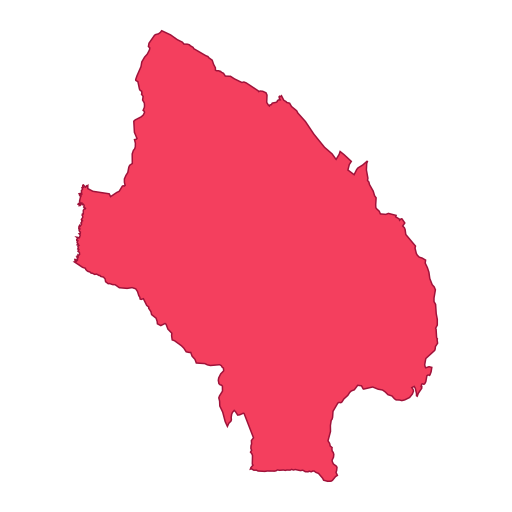 outline of Guasca, Cundinamarca, Colombia
{"feature_id": "7082276B88398605204412", "entity_name": "Guasca", "entity_type": "district", "adm_level": 2, "iso_a3": "COL", "parent_name": "Colombia", "parent_adm1": "Cundinamarca", "projection": "natural_earth1", "projection_center": [-73.867, 4.802], "detail": "fine", "context": "isolated", "style": "filled", "palette": "rose", "viewbox_px": 512, "rotation_deg": 0, "n_neighbors": 0, "source": "geoboundaries", "source_scale": "gbopen_adm2", "svg_char_len": 5960}
<svg xmlns="http://www.w3.org/2000/svg" viewBox="0 0 512 512"><path d="M396.1,215.4L388.4,213.4L385.8,214.4L380.4,213.9L379.2,211.2L376.4,208.6L375.8,207.5L375.7,204.5L376.1,197.8L374.6,195.8L373.2,191.1L369.5,184.6L368.9,182.1L367.5,180.4L367.9,178.2L366.4,170.0L366.7,163.5L367.4,161.5L367.0,161.3L362.7,165.0L358.0,167.9L356.7,169.5L354.1,174.7L347.9,170.0L349.3,164.5L351.3,161.4L344.0,154.6L340.1,151.5L339.2,154.3L336.1,159.4L335.9,159.2L332.1,153.9L324.5,147.3L313.9,134.2L305.4,121.5L297.8,113.0L296.7,110.8L291.5,106.5L289.6,103.2L286.5,102.4L286.1,101.6L283.8,100.3L281.5,95.8L281.0,96.4L279.6,96.2L279.0,97.0L279.6,97.8L279.4,98.7L280.1,99.8L278.7,99.9L277.5,100.5L277.3,101.5L276.2,102.3L272.3,103.1L271.3,104.7L270.1,104.8L269.4,106.0L268.3,105.0L266.7,102.4L267.0,95.1L266.0,92.8L262.8,91.3L260.1,91.0L258.7,91.6L258.2,90.8L246.2,82.9L243.9,82.0L241.9,82.5L234.5,78.9L230.5,76.3L225.3,76.1L223.5,73.3L221.3,72.2L220.6,71.3L219.9,71.5L219.0,70.8L216.4,70.7L215.4,70.1L215.4,67.8L213.6,64.4L212.2,60.2L208.9,57.8L207.9,56.5L205.8,55.7L193.8,48.7L193.1,47.4L189.8,45.4L189.6,44.9L187.6,44.2L184.0,44.1L182.4,42.2L177.2,39.6L170.6,34.9L161.7,30.7L160.4,32.4L158.5,33.8L155.5,34.6L154.5,35.3L149.0,43.2L148.4,46.5L149.8,47.9L149.5,49.8L147.3,54.1L144.6,57.1L141.8,61.9L141.0,66.6L136.9,76.0L135.7,79.5L135.8,80.4L137.9,81.7L139.5,89.2L140.2,90.4L141.6,91.2L141.9,93.3L141.5,94.2L143.1,96.4L142.6,100.0L144.3,102.9L144.5,105.4L144.4,107.3L143.1,110.4L144.3,111.3L144.5,112.6L143.2,115.1L141.1,116.9L135.2,119.9L133.8,121.2L134.4,132.3L137.0,138.5L136.4,139.2L134.5,139.6L135.4,143.2L135.3,146.8L134.7,148.8L133.4,150.4L132.2,153.9L132.3,163.5L129.7,165.3L128.8,167.2L127.8,172.5L126.0,175.3L124.4,178.9L124.4,182.2L125.1,185.4L124.4,186.0L123.1,185.8L122.3,186.2L119.2,191.3L116.7,192.5L110.6,196.6L109.2,193.8L92.9,191.3L87.8,188.6L87.8,185.5L87.1,186.1L86.2,185.4L86.7,186.4L85.3,187.2L83.4,184.9L82.8,185.2L82.6,186.3L83.2,187.5L82.0,187.7L82.5,189.3L81.4,190.6L81.7,193.7L81.1,193.3L79.2,193.7L79.9,194.6L81.0,194.5L81.0,195.8L79.9,195.6L80.6,196.7L79.5,201.2L80.2,202.9L78.4,203.5L78.1,204.3L79.5,204.5L79.2,205.6L80.2,205.5L81.2,203.1L81.9,203.0L82.3,204.7L83.3,204.2L83.7,204.7L84.2,205.9L83.7,207.1L85.5,208.3L85.3,208.8L84.3,208.9L83.3,210.3L83.3,214.0L82.4,214.0L82.1,215.2L82.7,216.0L82.7,217.5L81.4,219.5L82.3,220.6L81.7,220.7L81.8,222.0L80.9,223.0L81.6,224.0L80.0,226.6L79.5,226.8L79.4,225.8L79.0,226.4L78.8,228.4L79.9,229.0L79.0,229.9L79.6,231.5L80.4,232.0L80.3,233.3L79.1,233.7L80.3,235.0L79.4,237.7L76.6,237.2L77.8,238.4L76.7,239.5L76.8,240.6L77.8,240.8L77.1,242.7L78.1,243.9L77.2,244.8L78.9,245.4L77.9,246.7L78.4,247.9L77.4,249.5L78.1,248.9L78.8,249.4L78.0,251.3L79.4,252.4L79.6,254.3L78.7,255.3L78.0,254.9L78.1,256.7L77.4,256.1L76.9,256.3L77.5,256.8L77.0,257.7L77.6,258.7L77.4,260.3L77.0,260.6L76.5,259.9L74.9,259.4L74.8,259.9L75.8,261.5L74.4,261.9L82.5,267.3L85.4,268.3L85.7,269.4L86.7,270.5L88.1,271.5L89.8,271.9L91.1,273.1L92.6,273.3L94.6,274.4L96.6,274.1L99.1,275.5L100.1,275.5L100.7,276.4L103.5,277.1L105.1,278.9L105.6,281.7L108.2,283.7L109.8,283.6L112.6,284.6L115.1,284.7L119.3,287.7L127.1,288.4L132.1,287.6L135.7,288.8L137.5,291.5L138.8,295.6L139.9,297.4L140.1,299.0L141.2,299.4L143.4,298.7L146.7,305.4L148.7,307.0L148.7,308.3L150.9,311.6L151.6,314.6L156.1,318.2L157.2,321.6L157.4,323.8L160.8,325.6L165.0,323.5L166.1,324.3L167.9,329.1L171.8,333.2L171.6,335.7L172.2,339.9L174.5,340.7L181.5,345.8L183.8,348.1L186.2,351.8L189.3,352.5L190.7,352.4L192.1,356.2L195.0,359.4L196.3,363.0L204.9,363.6L207.3,364.8L210.4,365.5L219.6,364.7L221.3,365.6L222.2,367.2L223.4,368.1L223.7,370.8L220.7,373.9L218.7,377.9L218.3,380.3L218.9,383.6L220.3,384.9L221.5,385.1L222.4,386.2L222.5,391.1L219.5,395.9L218.8,397.9L219.6,401.1L219.8,406.0L222.7,412.1L225.2,421.6L227.4,426.4L228.8,423.3L230.9,421.2L231.4,419.8L231.2,417.3L231.7,414.2L232.4,412.5L234.2,410.4L235.5,411.7L237.7,415.1L239.7,414.8L243.3,413.2L244.1,413.5L253.5,437.8L251.4,440.5L251.6,443.9L251.0,445.8L250.9,448.4L251.6,450.3L250.5,452.1L251.8,453.7L252.5,455.5L252.3,464.1L253.0,465.1L250.9,467.6L250.4,469.1L251.4,468.8L253.8,470.2L256.5,470.2L258.0,471.0L264.8,471.4L267.3,471.0L274.6,471.1L276.0,470.8L277.5,469.9L279.5,470.3L283.4,470.0L285.4,470.4L286.8,470.0L290.1,470.1L291.6,469.4L293.5,470.0L295.2,469.5L300.4,470.6L302.8,470.2L305.3,471.7L308.1,471.8L309.2,471.2L311.2,471.8L312.9,471.0L314.2,471.1L315.9,472.4L318.5,473.4L322.6,478.2L323.6,480.2L327.6,481.3L331.0,481.2L332.4,480.4L335.6,476.5L337.4,475.4L336.0,472.4L336.6,470.7L337.0,467.4L336.4,466.2L333.4,464.0L332.3,461.6L332.1,460.2L333.5,457.2L333.8,454.4L333.2,452.4L332.2,451.1L331.9,448.9L332.1,447.6L330.2,446.0L329.6,443.4L328.0,440.8L330.5,431.4L330.4,425.5L331.2,420.3L332.1,419.1L332.6,417.2L333.0,411.3L337.8,403.1L339.0,402.4L340.8,402.7L341.9,402.0L343.9,398.9L347.8,395.4L349.7,392.4L351.4,390.9L354.3,389.8L357.7,385.3L361.5,385.8L363.1,388.8L363.6,389.1L372.7,387.0L378.1,389.2L382.5,390.0L385.2,391.9L388.0,394.7L391.9,395.9L394.5,398.8L396.1,399.9L399.5,400.0L401.8,400.6L404.7,399.9L409.6,397.5L412.4,394.0L413.5,391.1L413.1,389.5L411.8,387.6L414.2,386.4L415.3,388.3L416.5,393.6L416.5,395.7L417.2,396.2L418.3,393.3L421.7,388.3L421.8,386.6L421.1,386.6L421.7,384.2L422.5,383.8L423.9,384.3L424.8,383.6L425.8,381.7L426.9,375.7L427.8,375.1L428.9,375.0L429.4,375.4L429.9,375.0L431.1,371.8L431.8,367.4L429.0,366.7L425.8,367.8L425.1,366.7L424.7,364.7L425.8,358.5L434.7,350.4L435.2,348.9L435.4,346.6L437.6,343.2L437.1,339.8L437.4,338.9L436.6,337.7L436.1,329.3L435.6,328.2L437.3,325.1L437.3,319.4L436.2,313.6L435.6,304.4L434.0,301.6L434.0,298.0L435.4,289.8L434.2,286.9L432.2,284.7L429.8,278.6L428.9,272.2L427.4,267.7L425.2,263.1L425.6,260.1L422.0,258.0L419.3,257.2L417.3,255.2L416.3,253.4L415.0,248.0L415.5,246.1L405.8,234.5L405.1,229.5L404.4,227.8L402.7,226.0L404.8,223.0L402.0,218.9L401.2,218.8L399.6,220.2L399.4,219.1L395.6,216.8L396.1,215.4Z" fill="#f43f5e" stroke="#9f1239" stroke-width="1.5"/></svg>